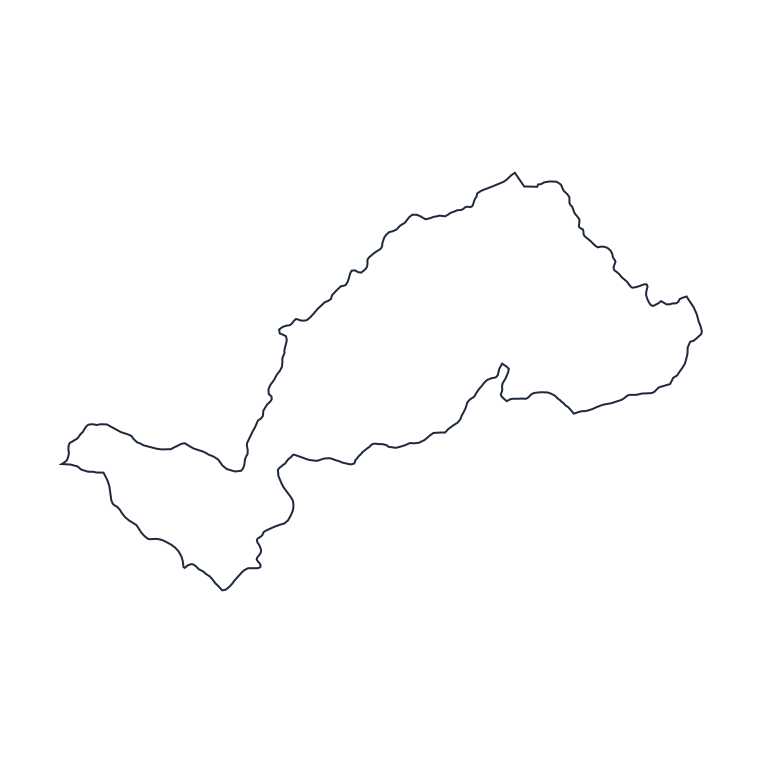 the district of Nanong, Tashigang, Bhutan, rotated 99°
{"feature_id": "84629894B55544402274944", "entity_name": "Nanong", "entity_type": "district", "adm_level": 2, "iso_a3": "BTN", "parent_name": "Bhutan", "parent_adm1": "Tashigang", "projection": "mercator", "projection_center": [91.483, 27.098], "detail": "fine", "context": "isolated", "style": "outline", "palette": "slate", "viewbox_px": 768, "rotation_deg": 99, "n_neighbors": 0, "source": "geoboundaries", "source_scale": "gbopen_adm2", "svg_char_len": 6132}
<svg xmlns="http://www.w3.org/2000/svg" viewBox="0 0 768 768"><g transform="rotate(99 384 384)"><path d="M513.5,689.8L512.6,681.0L513.4,673.7L515.9,669.7L516.9,662.8L516.2,657.3L516.4,654.0L515.4,647.2L518.1,645.2L522.6,642.0L528.1,639.2L541.6,635.1L544.8,633.1L546.2,630.8L546.9,628.6L549.3,625.4L552.4,622.8L555.8,619.2L558.6,614.6L562.0,606.6L564.6,604.1L568.6,600.6L571.5,597.0L573.7,593.4L574.0,591.2L572.7,585.3L572.5,584.0L572.6,580.6L572.8,579.1L573.4,576.6L574.2,574.1L575.8,569.5L578.2,564.8L581.4,560.8L586.0,557.1L590.8,554.9L596.1,553.4L596.8,552.1L593.6,549.2L592.0,545.9L592.1,544.0L593.5,541.1L595.9,538.0L597.5,533.1L599.5,530.0L601.3,526.0L603.2,523.6L605.2,521.4L607.0,519.7L609.6,515.9L613.1,511.6L612.1,508.4L610.7,507.0L608.3,504.9L605.0,502.7L601.6,501.0L598.8,499.2L591.8,494.6L589.8,492.9L587.4,489.7L586.9,487.8L586.1,482.6L585.8,480.4L584.8,478.2L583.9,477.4L582.1,477.6L580.4,479.0L578.9,480.9L577.3,482.3L575.5,482.2L572.5,480.5L570.7,479.6L568.8,479.3L567.0,479.5L564.0,481.1L561.5,483.0L560.7,483.9L559.5,484.6L558.3,485.1L556.5,484.7L554.0,481.8L552.2,480.5L549.1,479.7L547.6,478.1L545.3,474.8L542.1,469.8L539.3,464.8L537.5,460.8L533.8,457.5L528.7,455.6L524.4,454.5L521.1,454.1L517.2,454.6L513.6,455.7L510.5,458.1L501.8,467.0L498.6,469.4L492.2,473.4L490.3,474.3L488.9,474.4L487.5,474.9L485.3,475.4L482.8,473.9L481.8,472.8L479.3,470.7L478.2,469.2L476.5,468.5L473.3,466.8L470.6,464.3L468.2,462.8L467.9,461.4L469.6,452.1L470.4,448.4L470.7,444.9L470.6,441.2L470.2,437.6L467.1,431.8L465.9,426.9L465.9,424.3L466.8,419.9L467.4,415.6L468.1,413.0L468.6,406.2L468.5,403.7L467.2,401.0L465.0,400.4L463.8,400.4L461.8,399.0L459.8,398.1L456.7,395.7L454.7,394.6L449.9,390.2L448.3,388.4L446.4,387.3L445.0,385.7L444.4,383.9L444.2,382.2L444.3,380.9L444.1,379.3L444.0,378.1L443.6,376.5L443.8,374.8L443.8,373.4L444.0,372.1L444.4,371.1L445.3,369.8L445.2,362.4L444.3,360.1L441.5,354.2L438.3,349.2L437.8,344.8L436.7,340.6L433.1,335.3L427.4,330.4L424.6,327.5L423.0,320.2L422.4,316.1L418.5,313.5L413.9,309.0L410.7,305.3L406.9,303.1L403.7,302.5L399.0,300.8L394.9,299.6L389.2,298.8L385.9,296.8L382.4,292.9L378.6,291.5L374.0,289.3L370.0,286.8L367.3,285.4L364.0,282.9L361.6,279.0L360.0,274.6L357.3,272.9L351.1,272.6L345.4,270.5L347.7,265.5L349.6,263.0L353.4,263.3L359.5,264.8L364.3,266.8L367.3,267.1L371.9,266.2L376.2,267.0L378.3,265.5L381.7,260.3L380.8,258.7L379.3,256.9L378.4,254.3L377.5,248.6L376.9,246.1L376.6,243.1L376.4,241.5L375.2,239.9L374.2,239.0L372.1,237.6L370.5,236.2L369.5,234.5L368.2,230.3L367.9,228.8L367.4,226.8L367.0,222.9L366.8,221.8L366.8,220.5L367.5,217.2L368.6,213.9L369.5,212.4L371.8,209.1L372.5,207.4L373.6,206.1L375.2,203.2L376.3,202.0L377.2,200.4L378.0,198.6L380.5,195.4L383.6,191.9L380.9,186.8L379.8,183.8L379.3,180.9L377.9,177.7L375.9,173.8L373.9,170.9L370.5,165.1L368.2,158.9L367.7,157.0L365.4,152.6L362.8,147.4L361.3,145.4L357.2,141.6L356.2,139.2L355.2,132.9L353.1,127.8L351.2,118.6L350.4,117.1L349.5,115.8L344.8,112.4L343.8,110.9L339.3,101.4L332.6,99.3L329.7,95.8L327.1,94.7L321.4,91.9L316.9,90.0L312.1,89.4L306.5,89.0L300.6,89.8L294.6,88.3L293.8,87.1L292.9,85.0L290.8,83.1L285.1,78.5L282.7,78.2L279.8,79.3L276.8,80.7L273.0,83.0L266.2,86.0L259.7,90.2L252.6,96.8L250.2,98.8L252.1,102.5L253.8,105.2L257.1,106.3L258.8,108.5L259.2,111.4L260.6,114.2L261.1,117.5L258.8,123.3L261.2,125.5L264.7,130.1L264.6,132.2L263.6,133.6L261.3,135.6L258.4,137.5L255.0,139.1L251.1,139.4L246.6,138.9L244.6,140.1L244.7,142.1L245.4,143.7L247.7,147.7L249.1,150.8L250.0,153.4L249.7,154.9L247.4,157.6L245.4,159.5L244.0,161.5L241.5,165.8L238.7,168.8L236.5,172.5L235.9,174.0L233.9,175.3L232.3,175.5L227.0,174.5L225.6,175.3L224.3,176.7L222.1,178.2L220.3,178.6L217.0,180.9L215.0,183.8L214.4,185.5L214.0,188.4L214.4,191.1L215.6,194.4L214.0,197.6L210.4,202.5L207.5,207.5L206.3,209.3L204.9,210.3L202.4,210.8L200.2,211.7L199.5,214.1L198.5,215.7L197.2,216.3L192.4,216.4L190.5,217.0L188.6,219.0L186.3,221.6L184.9,222.9L179.5,225.8L178.1,227.9L176.1,229.2L170.5,230.1L167.8,232.7L165.1,236.7L162.8,238.3L159.4,240.4L157.2,245.1L158.0,251.9L159.8,257.4L161.9,259.9L162.8,263.0L165.3,263.6L165.9,268.7L167.0,276.4L154.9,287.8L158.2,291.2L162.8,294.6L165.5,297.4L171.9,307.8L177.6,317.7L180.2,320.8L181.2,321.7L184.4,322.0L187.9,323.4L191.9,324.0L194.4,324.6L195.9,326.5L195.8,329.2L196.4,331.1L198.9,333.3L200.1,335.1L200.9,338.8L202.7,341.6L204.6,345.2L206.4,346.9L208.8,349.8L209.0,355.5L209.8,357.2L211.2,361.2L213.3,364.9L214.8,368.9L213.9,371.1L212.6,374.4L211.7,378.4L212.5,382.7L215.3,385.2L221.6,388.7L224.9,392.7L227.1,394.2L229.5,395.8L231.9,399.5L233.1,402.6L236.1,405.1L239.5,406.7L244.6,407.6L248.3,407.4L251.0,408.4L255.3,413.3L257.7,415.5L261.3,418.6L263.8,419.8L268.2,419.1L270.9,419.1L273.1,420.1L275.2,421.7L277.6,424.1L277.6,426.9L276.3,430.6L277.2,433.7L279.6,434.6L285.4,435.3L288.8,435.9L292.3,437.4L293.8,440.3L294.1,441.7L298.1,444.9L304.2,449.1L308.5,449.8L310.9,452.5L312.4,455.2L320.3,461.4L325.1,464.2L329.4,467.1L331.9,469.2L333.0,470.2L334.0,473.0L334.3,476.3L333.8,478.5L333.5,481.0L335.4,482.7L338.3,484.1L340.6,486.1L341.8,489.8L343.6,493.2L346.6,496.1L350.4,494.9L351.3,490.8L352.2,488.2L355.9,486.9L359.0,487.0L364.2,487.6L366.9,487.6L369.1,487.1L371.9,487.9L375.1,488.4L377.9,487.8L383.1,487.5L387.0,488.8L391.6,491.3L397.1,493.2L402.7,496.1L407.4,497.3L412.0,496.2L413.9,493.2L416.7,492.5L419.4,493.7L422.4,496.2L426.7,498.0L429.4,499.0L434.4,498.6L437.2,500.0L439.9,502.8L447.2,504.7L451.4,506.3L463.7,510.0L466.3,509.8L470.5,508.3L474.5,507.8L477.5,509.0L480.4,509.5L485.6,509.3L488.2,509.7L490.1,510.3L492.1,511.6L493.7,517.5L492.6,526.0L489.7,530.9L484.5,536.0L482.3,541.1L481.3,545.7L479.1,551.7L477.6,561.5L476.1,565.7L473.7,571.4L474.7,574.7L477.3,578.2L479.9,582.0L481.7,584.2L483.4,593.4L483.5,598.4L482.2,611.6L480.8,615.7L480.3,618.6L477.7,622.5L474.7,625.5L473.6,630.3L472.7,636.3L467.3,651.4L467.7,654.6L468.0,657.4L469.4,661.1L469.3,665.4L470.1,668.9L471.2,670.4L473.0,671.7L476.0,673.1L478.3,673.8L481.0,675.9L485.5,678.1L489.9,683.2L491.4,685.2L494.3,685.9L498.3,685.4L502.1,684.3L506.0,684.6L509.4,685.5L511.6,687.6L513.5,689.8Z" fill="none" stroke="#1e293b" stroke-width="2"/></g></svg>